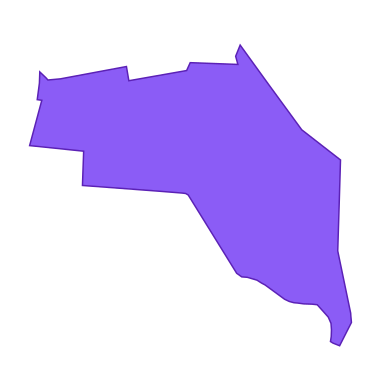 the district of Ipiranga do Piauí, Piauí, Brazil, rotated 182°
{"feature_id": "56859067B98502707297954", "entity_name": "Ipiranga do Piauí", "entity_type": "district", "adm_level": 2, "iso_a3": "BRA", "parent_name": "Brazil", "parent_adm1": "Piauí", "projection": "mercator", "projection_center": [-41.792, -6.793], "detail": "fine", "context": "isolated", "style": "filled", "palette": "violet", "viewbox_px": 384, "rotation_deg": 182, "n_neighbors": 0, "source": "geoboundaries", "source_scale": "gbopen_adm2", "svg_char_len": 781}
<svg xmlns="http://www.w3.org/2000/svg" viewBox="0 0 384 384"><g transform="rotate(182 192 192)"><path d="M348.3,306.7L348.3,295.5L348.6,292.3L349.9,278.9L345.3,278.4L354.6,238.3L355.9,232.7L301.7,229.0L301.7,194.7L224.0,191.6L201.8,190.6L198.3,190.3L195.7,188.9L144.5,112.3L139.3,108.9L133.9,108.7L124.1,106.2L119.3,103.4L115.8,101.7L95.8,88.1L91.0,86.0L86.3,84.9L82.4,84.7L76.5,84.1L68.1,84.1L62.9,83.7L51.5,71.8L48.5,65.6L47.8,59.1L47.8,52.4L48.4,47.4L45.8,45.9L39.1,43.5L28.1,67.2L28.9,73.4L29.2,76.5L44.3,138.2L44.5,189.2L44.7,229.2L84.5,258.0L119.3,302.3L149.0,340.5L153.1,329.2L150.6,321.1L155.3,321.1L198.3,321.2L201.6,313.2L259.0,301.0L261.9,315.1L314.8,303.3L327.4,300.5L339.9,298.9L342.0,301.1L348.3,306.7Z" fill="#8b5cf6" stroke="#5b21b6" stroke-width="1.5"/></g></svg>